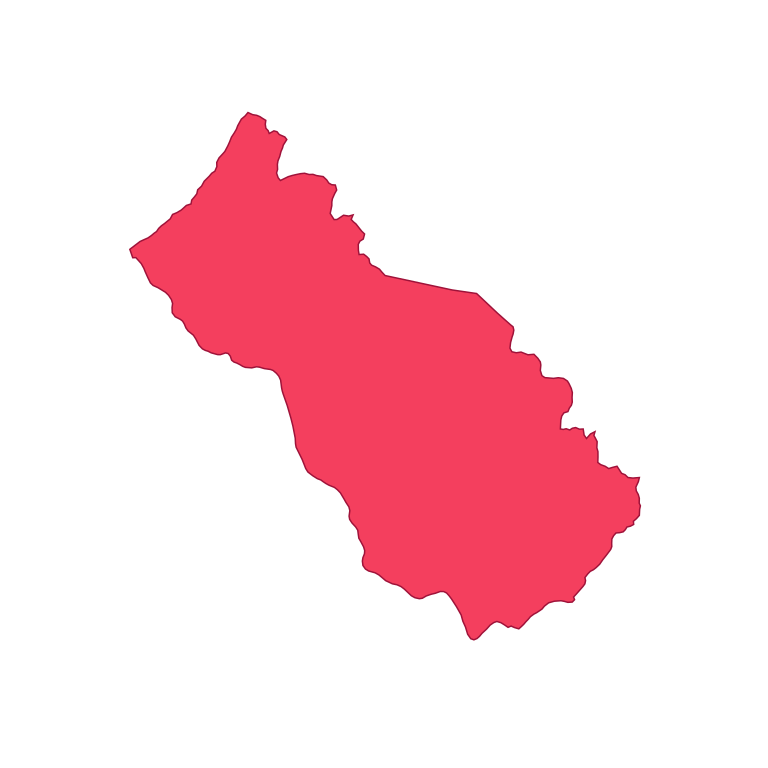 the district of Santo Antônio do Aracanguá, São Paulo, Brazil, rotated 19°
{"feature_id": "56859067B10585150578683", "entity_name": "Santo Antônio do Aracanguá", "entity_type": "district", "adm_level": 2, "iso_a3": "BRA", "parent_name": "Brazil", "parent_adm1": "São Paulo", "projection": "robinson", "projection_center": [-50.558, -20.868], "detail": "fine", "context": "isolated", "style": "filled", "palette": "rose", "viewbox_px": 768, "rotation_deg": 19, "n_neighbors": 0, "source": "geoboundaries", "source_scale": "gbopen_adm2", "svg_char_len": 4561}
<svg xmlns="http://www.w3.org/2000/svg" viewBox="0 0 768 768"><g transform="rotate(19 384 384)"><path d="M580.5,573.7L583.0,571.5L586.7,571.8L591.2,571.6L592.8,568.7L594.3,565.8L595.6,562.5L597.0,559.5L598.2,556.3L600.7,552.7L602.7,550.6L604.7,548.0L606.7,545.3L608.0,541.8L610.9,537.3L615.8,533.9L621.9,531.3L625.3,530.8L628.9,530.6L633.0,528.9L634.4,525.9L632.6,523.7L634.3,519.8L636.1,515.4L638.0,510.8L639.0,507.6L638.6,504.3L637.0,501.6L638.5,497.2L640.0,494.0L642.5,491.4L644.3,488.6L646.6,484.2L648.1,478.8L649.6,474.6L651.0,470.4L652.2,466.6L652.3,463.6L651.1,460.4L649.9,456.3L650.5,452.6L651.9,449.3L655.3,447.8L658.3,445.9L659.6,443.2L660.3,440.1L663.3,438.2L665.8,435.5L664.5,432.6L666.5,429.2L668.2,425.1L666.5,419.2L666.1,415.7L664.1,413.6L662.6,408.9L660.4,405.7L657.4,403.0L655.7,399.6L656.3,393.5L655.9,389.3L650.0,391.9L645.1,393.0L641.5,391.3L637.7,391.1L631.1,385.9L627.0,388.6L624.0,390.8L619.9,389.8L615.2,389.7L611.7,388.6L610.1,383.4L608.3,378.3L606.0,375.0L604.3,369.1L601.5,366.4L599.2,364.3L599.0,360.4L595.5,364.0L593.2,369.6L589.8,367.1L587.0,361.7L583.5,363.1L579.4,362.8L576.5,364.5L574.6,367.0L570.8,367.0L568.3,368.6L565.4,369.1L564.5,366.0L562.9,360.4L562.5,356.4L563.5,352.7L566.9,350.2L567.1,346.4L568.1,343.1L567.9,339.8L566.2,335.5L564.9,330.8L562.5,327.2L558.9,323.5L556.5,321.5L551.9,320.3L546.8,321.3L542.4,323.5L537.6,324.7L534.1,325.6L530.6,324.7L527.4,320.3L526.1,315.0L524.6,312.2L521.1,309.6L516.1,307.1L510.6,309.5L503.2,309.2L498.9,311.4L494.4,311.9L491.4,309.1L490.2,303.6L489.8,297.9L489.8,294.8L489.2,290.8L487.4,287.9L484.3,286.8L468.0,280.0L442.1,268.3L417.8,272.9L349.7,281.1L345.6,278.9L342.3,276.9L337.9,276.0L333.6,275.7L331.1,274.2L329.1,270.6L326.1,269.1L322.5,267.9L318.3,269.7L316.3,266.0L314.2,260.3L314.7,256.8L317.2,253.7L316.8,248.5L313.0,246.7L305.4,241.8L302.2,240.6L299.4,239.1L299.7,234.2L296.0,236.7L290.8,237.6L286.1,243.7L283.3,244.8L277.6,240.3L276.6,232.4L275.4,228.8L274.9,225.6L275.4,219.9L276.1,216.0L273.2,211.7L269.7,212.6L266.4,212.0L263.4,209.7L259.0,207.7L256.2,208.2L252.3,208.9L248.6,208.9L245.0,210.3L240.3,210.6L236.8,212.2L232.7,214.6L229.2,216.8L225.9,219.2L223.2,221.9L219.8,225.3L216.8,223.5L213.7,219.5L213.5,215.7L211.7,211.1L211.1,207.6L211.3,202.8L210.9,197.7L211.2,194.0L211.0,190.9L212.5,184.5L209.8,182.7L203.7,182.2L200.7,180.3L197.5,180.5L193.9,184.5L192.0,182.2L189.1,180.7L187.2,177.1L186.4,173.2L182.7,172.4L179.6,171.6L176.2,171.4L172.1,172.1L167.0,171.6L165.4,175.8L162.9,180.0L162.2,183.9L161.6,187.4L161.5,191.2L160.7,195.3L159.4,200.3L159.2,205.3L158.8,209.7L157.8,216.0L156.6,218.9L154.4,223.9L153.7,228.9L155.2,232.9L154.8,237.9L152.5,240.8L151.1,244.5L148.0,250.8L147.1,256.3L144.6,261.0L145.1,265.1L143.9,268.7L142.3,272.7L142.9,276.6L139.0,279.5L135.7,285.5L132.3,289.5L128.9,292.5L128.1,297.5L126.1,300.7L124.4,303.5L122.0,306.9L120.3,310.2L119.3,313.9L117.6,316.2L115.7,319.4L113.3,322.7L110.6,325.2L107.0,328.6L99.8,339.4L105.3,346.4L108.3,345.3L115.3,349.2L119.4,352.9L121.5,355.4L126.1,360.3L130.2,364.4L133.6,366.0L139.0,366.5L147.5,368.4L151.5,370.3L155.5,373.4L157.9,376.7L158.7,380.7L160.6,385.6L164.7,388.4L170.4,389.2L173.1,390.1L175.7,392.3L178.5,395.5L181.5,397.6L187.9,399.9L191.3,402.6L196.6,407.7L200.9,409.9L204.1,410.4L207.0,410.3L210.4,410.8L217.0,410.4L219.6,409.6L224.1,406.2L226.8,405.9L229.6,407.7L232.2,411.1L235.0,412.1L237.8,412.1L241.5,412.6L244.6,413.3L247.5,413.4L253.7,411.8L257.9,409.2L260.9,408.6L265.8,408.4L272.0,407.2L274.7,407.3L278.8,408.9L282.0,410.8L285.0,414.0L288.4,420.9L290.0,423.6L291.8,426.1L299.4,435.7L307.1,446.6L311.6,453.5L317.7,464.1L319.8,469.3L321.5,472.4L331.2,482.0L334.8,486.2L337.5,489.4L340.7,492.0L346.7,494.0L351.8,495.2L355.5,495.3L358.4,496.2L361.4,497.0L364.9,497.6L370.8,497.9L374.3,499.1L378.2,501.1L384.1,506.1L386.3,508.1L388.6,509.9L390.8,511.6L392.9,514.8L394.0,520.3L395.6,523.2L399.1,525.9L403.8,528.4L406.8,530.8L408.6,534.5L410.4,538.0L413.4,540.6L417.7,544.6L420.0,547.8L420.8,550.9L420.6,555.1L421.2,558.5L423.2,562.5L426.7,565.0L430.3,565.8L437.1,565.4L441.4,566.2L444.3,567.3L449.6,569.4L453.5,569.8L456.9,570.2L461.7,569.6L466.1,570.0L470.0,571.3L478.8,575.3L482.8,576.0L487.3,575.5L490.0,574.1L493.0,570.6L497.1,567.4L500.6,565.2L504.7,561.9L508.0,560.8L511.2,561.2L514.3,562.9L518.0,565.4L522.3,568.8L525.1,571.0L532.1,577.2L535.8,582.6L540.2,587.3L544.6,593.4L549.0,596.6L552.3,596.6L554.8,594.4L556.5,591.4L557.8,587.9L560.8,582.3L562.9,577.3L565.5,573.8L568.0,571.8L572.2,571.6L576.6,572.6L580.5,573.7Z" fill="#f43f5e" stroke="#9f1239" stroke-width="1.5"/></g></svg>